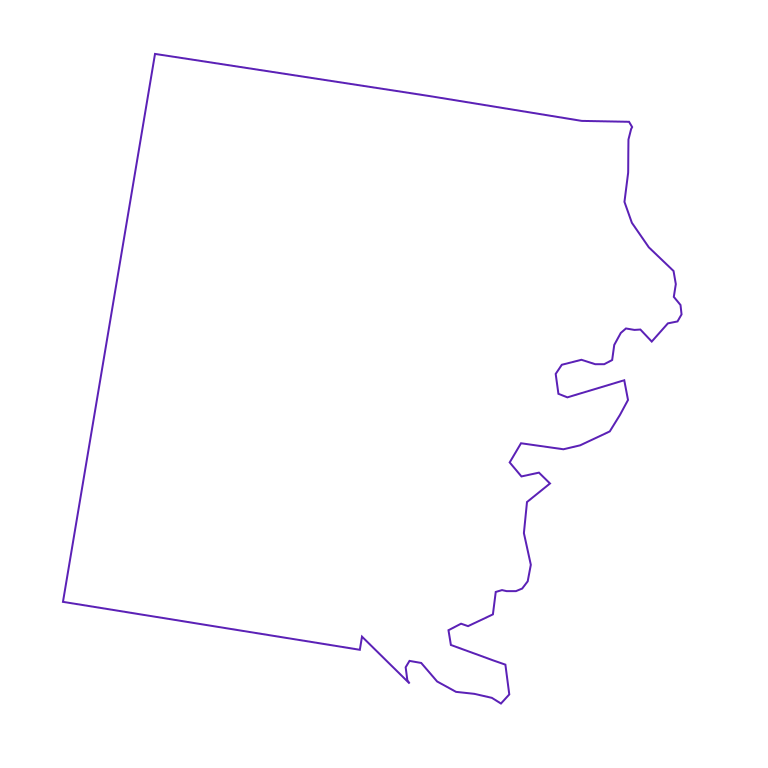 outline of White, Illinois, United States of America, rotated 9°
{"feature_id": "52423323B26696350989673", "entity_name": "White", "entity_type": "district", "adm_level": 2, "iso_a3": "USA", "parent_name": "United States of America", "parent_adm1": "Illinois", "projection": "mercator", "projection_center": [-88.022, 38.074], "detail": "fine", "context": "isolated", "style": "outline", "palette": "violet", "viewbox_px": 768, "rotation_deg": 9, "n_neighbors": 0, "source": "geoboundaries", "source_scale": "gbopen_adm2", "svg_char_len": 1069}
<svg xmlns="http://www.w3.org/2000/svg" viewBox="0 0 768 768"><g transform="rotate(9 384 384)"><path d="M382.9,92.5L106.2,93.8L101.0,649.4L401.7,650.3L401.8,637.0L456.1,675.8L453.4,672.9L449.7,660.4L452.5,653.5L464.4,653.7L483.0,669.5L503.3,676.8L521.6,675.9L539.6,677.1L549.5,681.3L556.3,671.0L547.8,642.2L535.0,639.9L490.9,631.3L486.2,617.1L497.6,608.7L504.9,610.0L527.6,594.5L526.9,571.9L532.8,569.1L537.5,569.4L546.8,567.9L552.5,564.4L556.8,556.4L557.3,539.6L545.5,509.4L543.7,478.2L563.5,456.3L550.9,447.3L534.2,453.8L520.4,441.8L528.6,421.1L571.4,420.4L587.3,413.9L614.4,395.5L621.9,377.6L627.5,361.6L620.7,342.7L567.2,368.5L557.8,366.4L552.0,347.2L556.6,337.2L575.2,329.2L589.5,331.4L598.4,330.0L605.6,324.6L605.3,309.4L609.9,296.5L614.3,291.3L622.9,291.4L628.7,290.1L641.8,300.2L654.9,279.7L664.1,276.3L667.0,268.7L664.5,259.6L656.6,252.6L656.6,239.7L652.3,227.1L624.2,207.6L603.6,186.0L593.0,166.5L592.1,137.2L591.7,134.3L589.1,117.2L587.2,104.3L588.2,93.5L588.9,91.4L585.0,86.7L538.1,93.2L382.9,92.5Z" fill="none" stroke="#5b21b6" stroke-width="2"/></g></svg>